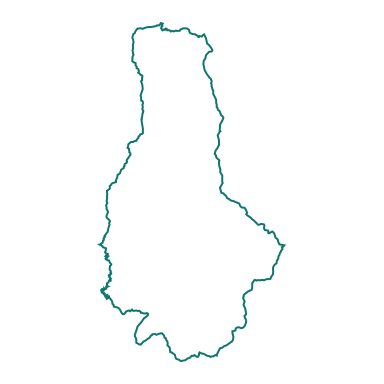 Bo Kluea, Nan, Thailand (Robinson projection)
{"feature_id": "78962969B52276482887751", "entity_name": "Bo Kluea", "entity_type": "district", "adm_level": 2, "iso_a3": "THA", "parent_name": "Thailand", "parent_adm1": "Nan", "projection": "robinson", "projection_center": [101.149, 19.126], "detail": "fine", "context": "isolated", "style": "outline", "palette": "teal", "viewbox_px": 384, "rotation_deg": 0, "n_neighbors": 0, "source": "geoboundaries", "source_scale": "gbopen_adm2", "svg_char_len": 6017}
<svg xmlns="http://www.w3.org/2000/svg" viewBox="0 0 384 384"><path d="M189.1,29.9L186.8,28.4L183.3,28.3L180.5,29.5L179.7,30.8L176.4,30.9L175.9,30.6L173.8,31.4L172.0,30.9L171.0,31.5L169.4,30.2L167.1,30.3L166.7,28.8L165.6,28.6L164.9,29.8L164.3,29.4L163.4,29.6L163.1,30.2L162.4,30.4L161.9,29.8L162.0,29.3L161.1,28.4L161.3,27.2L161.9,26.7L161.8,26.1L162.4,25.8L162.0,24.5L162.7,23.7L160.9,23.0L159.4,25.3L156.8,25.4L156.1,26.1L150.7,27.1L148.8,27.0L146.0,27.5L142.7,28.8L140.8,28.3L137.4,28.6L135.3,31.5L134.8,33.0L133.2,34.3L132.3,37.7L133.2,39.9L133.5,42.6L132.8,45.3L133.1,46.2L132.9,49.4L132.5,50.6L133.0,52.5L132.9,53.5L133.5,54.8L132.5,57.0L132.3,61.2L133.5,62.3L135.6,63.0L135.6,65.3L136.6,66.6L136.6,68.1L138.1,68.8L138.6,70.0L138.9,71.8L138.2,72.8L139.7,73.6L140.2,74.6L142.2,75.5L142.5,76.3L142.0,78.0L142.2,80.1L141.1,81.2L142.4,85.2L142.7,89.1L140.6,95.6L141.1,97.4L141.2,100.6L142.6,101.2L143.0,103.3L142.4,104.8L142.8,107.2L142.3,109.2L143.4,110.9L142.9,111.7L143.1,112.6L142.5,113.5L142.1,116.9L141.6,117.8L141.9,118.9L141.4,119.5L143.0,129.5L142.7,131.6L143.0,133.0L142.3,133.8L140.3,134.4L139.5,135.9L138.5,136.5L138.5,137.8L137.4,138.8L136.2,140.9L134.5,141.1L133.1,142.0L130.9,142.0L128.3,144.3L128.2,145.9L127.5,147.8L129.0,148.7L129.0,150.0L129.4,151.0L129.3,152.3L130.4,153.3L130.4,154.9L126.9,159.8L126.6,160.9L127.1,161.7L126.6,162.9L124.8,163.9L124.5,164.8L124.7,165.7L123.8,166.8L123.7,168.1L121.2,169.7L120.0,173.2L118.8,174.3L117.6,174.8L117.2,177.2L115.9,180.6L116.0,182.1L112.6,183.1L111.6,183.8L110.8,185.3L109.9,185.9L109.7,186.8L109.9,188.1L109.5,189.0L106.9,190.8L107.3,194.7L106.9,196.8L107.2,198.0L106.6,201.3L107.3,202.6L106.1,205.5L106.6,207.2L106.6,209.2L107.5,210.5L108.0,212.3L106.6,215.5L106.5,216.9L106.9,217.9L109.0,219.7L110.0,221.2L109.1,223.2L109.5,224.6L108.3,228.5L107.7,231.7L104.4,236.2L105.0,236.7L103.5,238.7L103.9,239.6L103.6,240.4L102.9,240.8L102.6,242.8L101.0,243.7L100.8,244.4L99.7,244.6L102.6,246.3L102.9,247.2L106.0,248.3L105.7,250.7L105.0,252.3L106.7,254.0L107.8,253.9L107.9,254.7L107.4,255.4L106.2,255.3L105.6,256.1L108.0,256.5L106.8,257.8L106.1,257.6L105.5,258.7L106.6,259.8L107.3,259.7L108.0,260.4L109.2,260.7L109.9,262.8L111.3,264.2L111.1,264.9L110.1,265.9L109.6,268.5L109.7,269.5L110.7,270.8L110.6,271.8L110.9,272.1L110.5,272.8L111.2,273.5L110.9,274.0L110.4,273.9L109.9,275.3L109.2,275.0L108.9,275.5L109.4,275.9L109.0,276.8L110.2,277.6L110.1,278.3L110.6,278.6L109.9,279.5L110.7,280.0L110.6,280.8L108.9,280.9L108.4,282.4L106.9,283.4L107.1,285.3L106.7,285.8L108.0,286.4L106.4,286.9L106.6,287.5L105.9,288.0L106.1,288.7L105.0,289.0L104.2,288.3L104.3,289.4L102.2,289.0L101.6,289.3L101.2,290.1L101.6,290.6L102.9,290.7L101.6,291.6L101.7,292.4L102.4,292.2L102.8,292.8L103.8,292.7L103.8,294.0L104.7,293.9L104.5,294.9L105.7,295.8L106.0,295.4L107.3,294.9L107.3,295.6L105.6,296.7L106.3,297.1L106.4,297.8L107.3,297.3L107.2,298.5L108.2,297.8L108.3,296.3L109.0,296.3L109.5,298.3L110.3,298.7L112.2,301.4L112.4,303.8L113.7,305.0L113.8,306.6L117.5,307.5L118.6,308.1L119.9,309.5L121.6,312.9L122.9,314.2L124.1,314.0L125.7,312.5L125.8,311.7L127.4,310.9L129.0,310.5L130.1,311.3L132.0,309.6L132.5,310.5L133.4,310.9L136.4,310.5L137.3,310.9L139.3,310.8L140.3,311.5L141.0,312.9L141.8,312.6L143.3,313.4L145.7,313.5L146.6,313.1L147.9,313.6L147.8,315.4L143.7,318.6L141.7,321.7L137.6,326.4L134.8,335.2L134.9,336.1L136.2,338.9L136.3,342.7L139.5,344.5L140.7,344.6L143.5,341.5L145.5,340.6L147.8,338.7L149.4,338.0L150.8,335.7L151.9,335.1L152.4,334.3L155.0,334.0L156.6,334.8L158.8,333.8L161.9,333.2L164.1,335.6L164.5,337.7L165.7,338.1L166.2,340.0L167.3,341.3L167.7,343.3L167.4,345.2L169.6,347.4L170.3,352.1L171.5,352.3L174.9,354.8L175.5,357.4L176.3,358.9L178.9,359.7L180.6,361.0L185.0,360.3L187.4,358.6L190.1,357.6L191.6,355.8L193.0,355.9L194.3,355.1L196.9,356.8L197.8,356.9L199.0,355.0L199.1,353.1L199.6,352.4L201.6,353.5L203.5,353.7L207.2,355.8L208.9,356.0L210.7,357.0L212.0,356.3L213.1,356.4L215.3,355.1L216.8,355.6L217.2,353.8L219.9,348.4L222.0,347.8L224.4,346.0L226.4,345.4L232.0,341.4L233.0,339.8L233.4,336.7L232.5,333.5L232.4,331.3L235.4,330.5L235.8,328.4L237.2,327.4L239.1,327.3L241.1,328.2L243.1,327.6L244.9,325.7L246.2,322.1L246.1,320.2L244.7,317.2L244.5,315.9L246.0,314.4L246.1,313.2L245.1,308.1L243.7,305.5L243.8,303.8L244.6,301.3L243.4,298.9L243.1,297.6L243.7,296.6L243.7,295.2L244.2,294.5L247.9,291.5L251.6,289.9L252.2,288.0L252.2,283.3L254.3,280.2L255.0,279.9L256.6,280.6L257.5,280.1L260.0,280.3L261.5,279.9L264.3,280.2L266.2,279.2L269.4,279.1L270.6,278.7L270.9,277.3L272.9,274.4L273.2,271.8L273.0,268.2L273.4,266.6L274.6,264.7L276.5,263.3L276.9,260.7L278.2,259.0L278.5,256.1L279.4,255.1L279.9,253.0L280.9,251.7L280.9,251.0L282.5,249.1L281.9,247.2L282.9,246.9L284.3,245.3L279.4,244.4L278.3,242.0L277.7,239.4L275.5,237.6L274.3,233.5L272.6,231.6L272.0,231.6L269.4,233.2L268.6,233.3L268.2,232.9L268.4,231.3L268.1,230.6L264.8,230.0L264.0,228.2L264.4,225.4L263.9,224.4L261.3,223.9L258.9,224.8L258.1,224.7L254.0,220.6L251.8,219.0L251.0,217.9L246.7,214.9L246.2,214.2L247.1,212.8L246.0,209.9L244.6,207.8L241.6,207.4L240.1,205.8L239.2,203.5L232.9,200.9L231.1,200.6L228.5,198.7L227.3,198.3L225.8,195.6L224.4,194.7L223.5,193.4L221.4,192.9L220.0,187.8L222.7,182.9L222.2,181.7L222.3,175.6L220.2,172.0L220.4,169.7L219.3,166.0L218.9,162.6L219.3,160.2L216.5,157.8L215.8,155.2L214.7,153.9L215.6,150.5L217.0,148.9L219.1,144.7L218.9,140.0L217.7,135.2L219.4,132.5L219.6,131.3L220.3,131.1L219.7,130.1L220.1,124.5L222.6,120.0L223.4,117.8L222.4,116.1L220.8,114.9L220.6,113.6L219.7,111.2L217.9,109.8L217.4,107.8L216.6,106.8L216.8,105.0L216.2,102.9L216.1,99.6L213.1,93.6L213.3,90.9L212.5,89.4L211.5,85.6L211.6,84.3L211.0,83.3L211.7,81.9L211.7,81.2L210.8,78.8L209.6,77.8L206.7,73.8L204.7,70.2L203.4,64.2L203.7,60.9L205.4,58.3L205.9,55.3L209.1,51.8L211.7,51.5L212.4,50.1L211.0,47.6L208.5,44.5L207.1,43.6L206.0,38.3L204.1,34.4L203.2,34.9L201.9,36.5L199.4,36.1L198.9,37.1L198.5,37.1L197.6,35.9L195.2,34.3L192.9,34.1L190.0,33.0L189.3,31.5L189.1,29.9Z" fill="none" stroke="#0f766e" stroke-width="2"/></svg>